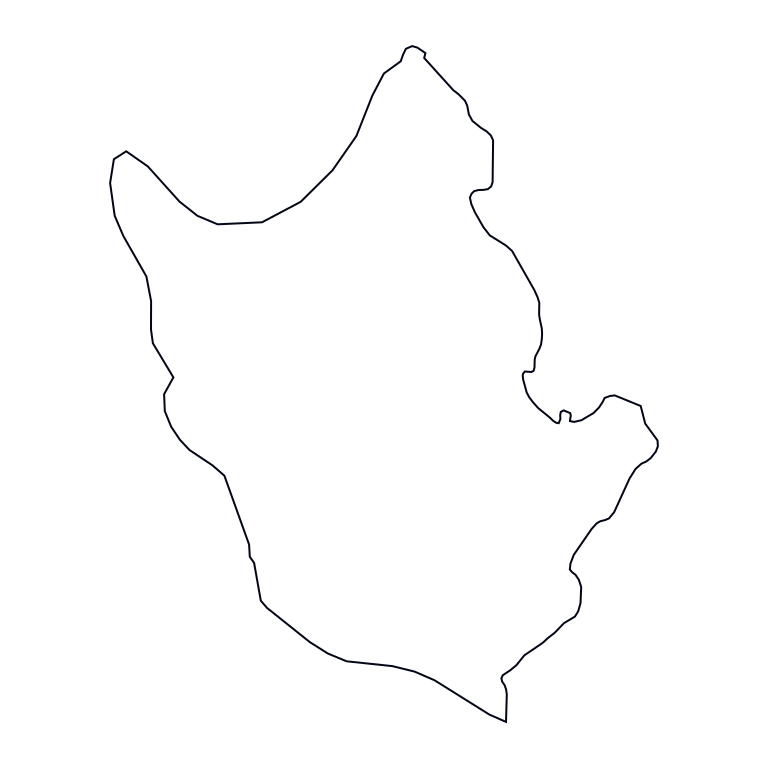 the border of Paphos
{"feature_id": "CYP-3465", "entity_name": "Paphos", "entity_type": "District", "adm_level": 1, "iso_a3": "CYP", "parent_name": "Cyprus", "parent_adm1": "", "projection": "albers", "projection_center": [32.601, 34.919], "detail": "fine", "context": "isolated", "style": "outline", "palette": "ink", "viewbox_px": 768, "rotation_deg": 0, "n_neighbors": 0, "source": "natural_earth", "source_scale": "10m", "svg_char_len": 1964}
<svg xmlns="http://www.w3.org/2000/svg" viewBox="0 0 768 768"><path d="M506.0,721.9L489.4,714.6L434.4,680.2L414.6,671.6L392.3,666.1L346.6,661.3L327.8,653.5L309.8,642.1L267.0,607.9L260.8,600.7L254.1,562.9L249.8,556.8L249.1,544.6L224.4,475.7L212.4,465.3L189.6,450.1L180.0,439.9L171.2,426.8L164.8,411.1L164.1,394.2L173.4,377.4L152.9,343.3L151.0,329.6L151.1,301.1L146.4,276.5L123.3,235.9L114.7,215.8L110.1,183.0L113.9,159.2L126.2,151.3L147.8,166.4L179.5,201.6L197.4,215.8L217.6,224.3L262.0,222.3L300.7,201.8L332.5,170.3L356.4,136.0L372.4,95.5L383.9,73.5L400.8,61.2L402.9,55.0L405.9,48.8L412.1,46.1L417.4,47.6L425.4,53.1L424.2,58.0L453.3,90.2L458.6,94.3L465.0,100.8L467.2,105.6L468.9,114.5L472.5,121.0L481.0,127.9L486.6,131.4L490.9,135.5L493.1,140.4L492.6,182.2L491.1,186.5L487.9,189.1L483.3,189.9L478.6,190.0L474.2,191.1L471.5,193.8L469.9,197.6L471.3,204.0L474.8,212.1L483.5,227.3L489.8,235.4L506.1,245.6L512.1,251.0L534.3,290.0L537.5,297.1L539.3,302.7L539.1,314.5L539.8,319.2L541.8,328.5L542.1,333.8L541.8,339.3L541.0,344.7L539.2,349.1L535.4,356.4L534.7,359.7L534.5,367.4L533.7,370.7L531.4,372.0L524.9,371.5L523.2,373.5L522.7,375.3L523.1,379.4L526.7,392.5L529.2,397.2L532.6,401.8L538.2,408.1L550.0,417.7L553.0,420.7L556.0,422.7L558.7,423.2L560.4,419.0L560.2,415.2L560.8,411.9L563.7,410.4L570.2,413.1L570.8,415.8L570.2,418.6L570.0,421.1L574.2,421.9L581.5,420.2L593.6,413.0L599.1,407.4L602.7,401.9L604.7,397.9L610.0,396.0L614.7,395.4L640.7,406.0L645.2,423.6L657.5,440.4L657.9,446.2L655.9,451.5L650.7,458.1L646.3,461.5L641.4,463.7L635.5,469.0L629.5,478.6L614.2,512.1L609.0,518.4L605.0,520.1L600.4,521.2L596.7,523.3L591.6,529.0L573.8,554.8L570.5,563.5L569.8,569.5L572.2,572.3L575.5,574.8L578.8,579.7L581.2,587.0L580.5,603.2L578.2,611.3L574.9,616.6L563.9,623.2L555.0,632.5L547.5,638.4L542.9,642.7L524.4,655.3L516.4,665.2L510.1,670.4L502.8,675.2L501.4,678.3L502.2,681.7L504.6,685.2L506.1,689.4L506.8,694.4L506.0,721.9Z" fill="none" stroke="#020617" stroke-width="2"/></svg>